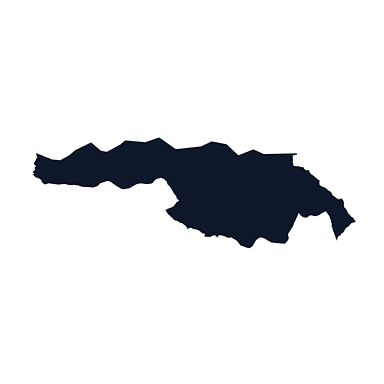 the district of Juaben Municipal, Ashanti, Ghana, rotated 140°
{"feature_id": "2480657B53382680619634", "entity_name": "Juaben Municipal", "entity_type": "district", "adm_level": 2, "iso_a3": "GHA", "parent_name": "Ghana", "parent_adm1": "Ashanti", "projection": "orthographic", "projection_center": [-1.389, 6.756], "detail": "fine", "context": "isolated", "style": "filled", "palette": "ink", "viewbox_px": 384, "rotation_deg": 140, "n_neighbors": 0, "source": "geoboundaries", "source_scale": "gbopen_adm2", "svg_char_len": 5817}
<svg xmlns="http://www.w3.org/2000/svg" viewBox="0 0 384 384"><g transform="rotate(140 192 192)"><path d="M82.5,90.7L84.7,90.9L85.2,91.6L85.1,92.6L86.1,93.6L86.1,95.1L86.7,97.5L87.3,98.6L87.1,99.4L86.6,101.0L86.4,103.0L87.3,105.1L87.8,109.0L88.8,111.1L89.5,111.9L90.0,113.7L90.7,115.0L90.4,115.4L89.2,117.7L88.7,118.2L87.8,118.8L87.8,119.5L88.5,120.8L88.5,122.3L89.1,125.4L89.4,126.5L89.5,127.9L89.9,128.4L90.3,129.0L90.3,129.5L90.0,130.1L90.2,131.1L89.9,131.7L89.3,133.4L91.5,135.0L91.6,135.9L92.1,137.6L91.5,139.0L92.7,140.3L93.5,140.9L94.1,142.4L94.8,143.2L96.0,143.9L97.0,145.1L98.3,146.9L98.2,147.0L97.5,148.2L96.8,149.1L97.2,150.2L97.1,150.3L95.9,150.8L94.5,152.4L94.4,152.6L94.3,152.8L94.2,153.0L94.0,153.3L93.8,153.5L93.5,153.8L93.1,154.1L92.8,154.5L92.7,154.8L92.4,155.6L92.2,155.9L92.0,156.0L91.9,156.0L91.6,156.1L91.1,155.9L90.8,155.8L90.4,155.6L90.1,155.4L89.8,155.2L89.4,155.1L89.0,154.8L88.7,154.7L88.3,154.4L87.7,153.9L87.3,153.7L113.1,174.3L118.2,184.6L133.6,189.7L135.6,206.1L144.8,217.4L156.1,220.4L177.6,234.8L182.7,254.3L196.1,259.4L210.4,273.7L216.5,273.7L231.9,276.8L236.0,281.9L238.1,294.2L254.5,298.3L262.7,298.3L272.9,300.3L279.0,306.5L286.4,320.5L287.2,319.1L287.3,318.7L287.8,317.7L288.1,315.5L289.8,317.0L290.4,316.1L291.1,315.2L291.8,315.5L292.0,315.9L292.5,315.5L293.4,315.2L293.7,315.2L294.1,315.3L294.2,315.1L293.7,315.0L293.5,314.8L294.2,314.0L293.9,313.3L294.4,312.0L294.5,311.4L295.3,310.8L295.5,310.9L295.8,311.1L295.9,310.4L296.1,310.4L296.6,310.8L296.7,310.4L296.5,309.8L297.1,309.6L297.2,309.2L298.9,309.0L299.5,309.3L300.2,308.9L299.9,308.8L299.4,308.6L299.7,307.8L300.2,307.0L300.7,307.0L301.1,306.6L301.2,306.2L301.8,306.6L301.6,305.5L300.9,305.1L301.3,304.7L301.7,304.4L301.2,303.8L301.0,303.2L300.6,302.4L300.3,301.6L299.8,301.4L299.5,300.7L299.5,300.3L299.0,299.5L299.1,299.2L299.3,299.0L299.0,298.5L299.2,296.7L299.7,296.5L299.7,294.6L299.3,293.0L298.2,292.4L295.9,291.6L291.8,287.1L288.6,283.7L285.6,281.9L282.7,279.5L282.2,278.1L280.6,276.4L278.7,274.8L277.9,274.5L274.6,271.0L272.0,266.9L268.8,263.9L267.3,262.6L264.2,259.5L261.5,258.5L259.5,258.1L257.9,258.3L257.0,258.5L255.9,258.2L252.1,256.6L250.1,256.0L248.4,254.6L247.9,253.9L246.9,252.0L246.4,249.5L245.8,247.6L245.4,246.0L245.0,244.9L244.3,242.9L243.4,240.3L242.1,238.6L236.9,235.7L232.6,235.1L228.8,234.2L227.6,233.7L227.0,233.1L226.4,232.9L224.7,231.8L224.2,231.0L223.5,230.5L223.2,230.0L222.7,229.4L222.4,229.2L222.0,228.8L221.0,227.7L220.5,227.3L219.6,226.7L217.1,225.1L216.3,225.0L215.0,225.4L213.9,225.7L212.2,225.5L210.7,225.6L205.9,223.4L204.5,220.6L204.2,219.2L203.9,216.2L203.7,215.6L204.4,215.0L204.8,214.3L205.0,213.0L204.9,211.8L204.7,210.3L205.2,206.6L205.7,203.9L206.0,202.0L206.1,200.5L205.7,199.2L205.8,198.8L206.1,198.3L206.7,197.5L206.9,197.1L206.9,196.6L206.7,194.9L207.0,192.5L207.8,192.9L209.0,192.9L209.8,193.2L210.2,193.4L211.2,193.2L211.6,192.8L213.3,192.6L214.5,192.3L216.1,191.9L216.7,192.5L217.4,192.5L217.9,192.7L218.5,192.7L219.1,193.2L220.2,193.6L221.1,193.6L221.5,194.0L222.2,193.9L223.3,194.4L223.8,190.6L223.7,189.8L223.3,188.6L223.4,186.3L223.0,185.3L223.0,182.9L222.6,181.8L222.5,181.4L222.3,180.9L221.1,180.0L220.9,179.0L220.9,178.6L220.4,177.6L220.1,176.1L219.2,175.5L218.6,174.4L218.7,173.5L218.2,171.9L217.8,170.1L218.0,168.3L218.1,167.5L218.3,167.2L216.0,166.5L214.7,165.2L214.3,163.4L212.1,161.0L211.4,159.8L210.7,158.4L209.9,154.3L209.2,153.2L208.3,152.1L208.1,151.4L208.5,150.7L209.9,149.9L210.1,149.7L209.4,149.3L209.2,149.1L209.0,148.9L208.7,148.5L208.3,148.1L207.7,147.6L206.7,146.7L206.4,146.6L206.2,146.5L206.0,146.4L205.3,146.4L204.8,146.3L204.6,146.2L204.1,145.9L203.7,145.7L203.1,145.5L202.3,145.3L202.0,145.2L201.8,145.0L201.7,144.9L201.6,144.7L201.5,144.3L201.1,142.3L201.1,142.1L201.1,141.8L199.5,142.5L198.6,142.1L197.6,141.3L196.9,140.4L196.0,139.7L195.5,138.3L194.4,137.1L194.2,135.8L193.5,134.8L193.0,133.9L190.6,132.9L188.2,125.9L188.4,120.2L185.2,114.7L185.0,114.2L184.7,113.8L184.4,113.4L184.2,113.2L183.8,112.9L183.1,112.6L182.7,112.5L180.6,112.3L177.8,113.4L174.0,114.7L169.6,114.5L167.2,112.8L164.9,108.8L164.8,107.2L163.5,104.6L163.1,102.8L153.8,93.4L153.0,93.8L151.0,93.8L150.2,94.1L149.4,94.2L148.1,95.0L147.1,96.9L146.8,98.0L145.8,98.8L136.7,101.7L136.3,101.9L134.0,103.3L130.7,104.8L125.9,107.1L125.6,107.3L125.1,107.6L124.4,108.1L123.4,108.3L123.0,108.0L122.9,107.8L122.8,107.5L122.8,106.6L123.0,106.1L123.0,105.5L123.0,105.1L123.0,104.6L123.0,104.3L122.9,103.8L122.8,103.3L122.7,102.9L122.6,102.5L122.3,101.8L121.9,101.1L121.4,100.4L120.9,99.9L120.7,99.7L120.4,99.5L119.7,99.2L117.6,99.2L117.3,99.2L117.1,99.1L116.8,99.0L116.5,98.9L116.2,98.8L115.9,98.6L115.4,98.3L115.3,98.2L115.0,98.0L114.9,97.8L114.4,97.2L113.6,95.8L112.5,94.8L111.4,94.1L111.1,94.0L110.8,93.9L110.5,93.8L110.1,93.8L109.8,93.8L109.3,93.4L108.6,93.2L108.4,93.2L108.2,93.3L107.9,93.3L107.1,93.2L106.4,93.1L106.0,93.0L104.7,92.7L104.4,92.6L103.3,92.3L102.0,92.3L101.8,92.4L101.5,92.5L101.1,92.7L101.1,91.2L101.1,90.9L101.1,90.3L101.5,89.3L101.2,88.4L100.7,87.5L101.5,87.0L101.5,86.7L101.1,86.1L101.7,85.1L101.8,83.9L102.6,82.8L102.9,81.2L102.9,80.6L104.2,79.1L104.1,78.4L104.5,78.0L105.0,76.9L106.3,75.8L106.5,74.7L107.7,72.2L108.3,70.5L108.5,69.9L110.9,63.5L108.8,64.8L107.5,64.7L106.4,64.2L106.0,64.2L105.1,64.8L103.7,64.8L102.5,64.5L101.7,64.7L99.2,65.6L97.8,66.2L97.5,66.3L95.0,65.9L93.1,65.9L91.7,66.4L90.9,66.3L89.8,66.5L88.2,65.9L87.4,65.4L86.3,65.0L86.4,66.0L86.2,66.6L85.8,68.6L86.1,69.0L86.5,70.0L86.5,70.5L86.6,70.9L86.7,71.9L86.7,72.4L86.6,72.8L86.6,73.2L86.6,73.7L86.8,74.1L86.9,74.5L86.9,74.9L86.7,75.6L86.6,76.0L86.5,77.1L86.5,77.4L86.3,77.6L86.2,78.1L85.6,80.1L86.0,82.5L86.0,82.8L85.8,83.1L85.1,84.1L85.0,84.5L84.7,84.7L84.5,85.1L84.1,85.5L83.1,86.5L82.6,87.9L82.2,88.9L82.3,89.8L82.5,90.7Z" fill="#0f172a" stroke="#020617" stroke-width="1.5"/></g></svg>